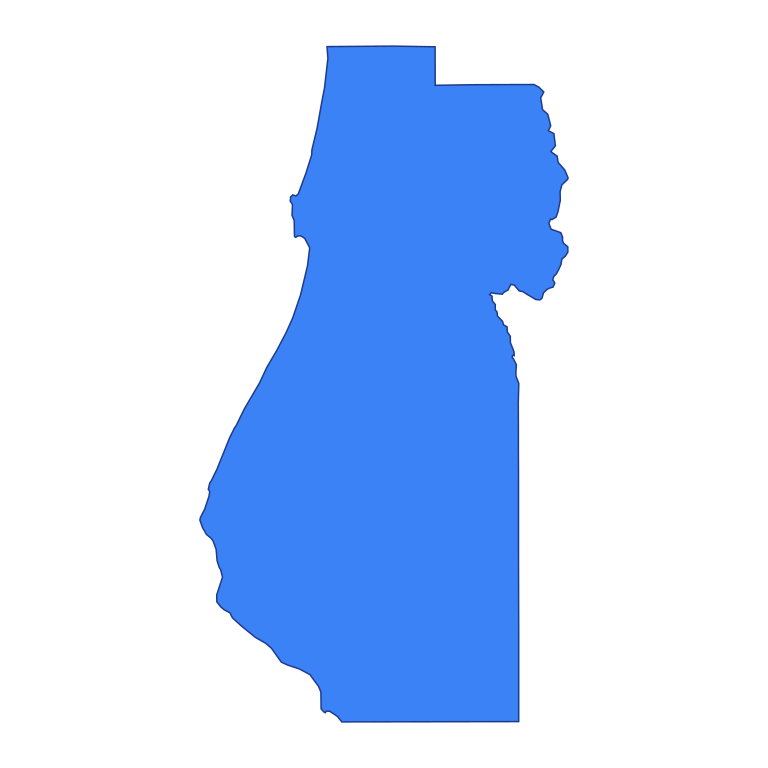 Humboldt, California, United States of America
{"feature_id": "52423323B26488914054819", "entity_name": "Humboldt", "entity_type": "district", "adm_level": 2, "iso_a3": "USA", "parent_name": "United States of America", "parent_adm1": "California", "projection": "natural_earth1", "projection_center": [-123.822, 40.734], "detail": "fine", "context": "isolated", "style": "filled", "palette": "blue", "viewbox_px": 768, "rotation_deg": 0, "n_neighbors": 0, "source": "geoboundaries", "source_scale": "gbopen_adm2", "svg_char_len": 2269}
<svg xmlns="http://www.w3.org/2000/svg" viewBox="0 0 768 768"><path d="M568.1,177.9L564.8,170.0L558.1,162.4L557.2,156.2L550.8,151.6L555.4,145.8L553.9,133.6L548.4,130.7L550.7,125.8L547.8,114.3L542.6,109.7L540.7,97.8L543.8,92.0L538.8,87.1L533.9,84.5L475.2,84.7L435.2,85.3L435.1,46.8L392.9,46.1L327.0,46.6L327.9,58.2L324.5,88.0L322.0,100.8L317.1,128.2L311.9,149.9L311.7,154.9L305.9,173.3L298.2,194.1L296.0,195.9L292.7,194.9L290.7,196.9L290.2,201.0L292.5,204.6L292.0,215.2L294.2,220.6L294.4,233.2L294.5,236.1L295.4,237.3L296.2,237.1L296.9,236.4L298.4,235.9L300.2,235.8L302.1,236.6L304.8,238.5L309.7,247.8L307.5,265.8L300.5,295.1L292.7,318.0L285.9,333.0L276.6,350.7L266.9,367.2L259.5,383.0L244.5,408.6L235.8,426.3L234.9,427.2L229.6,437.8L217.0,469.1L211.2,481.0L209.8,482.8L208.3,489.3L209.7,491.6L209.0,496.3L204.7,509.1L200.3,517.8L199.9,520.2L202.5,527.5L206.5,534.5L211.1,538.3L213.1,541.0L216.1,549.3L217.1,560.8L219.3,567.7L220.6,569.4L222.5,577.2L216.7,594.9L216.8,601.9L220.7,606.8L224.2,609.8L229.9,612.8L232.4,617.8L241.4,626.0L255.4,637.4L265.5,643.2L271.4,648.2L281.4,662.2L287.7,665.1L299.0,668.8L309.9,674.6L318.5,686.3L320.9,692.0L321.1,708.8L323.9,712.0L325.2,712.7L326.6,711.1L329.8,711.3L337.4,716.4L341.8,721.9L518.7,721.6L518.7,706.8L518.7,687.3L518.7,660.8L518.7,631.5L518.6,597.8L518.5,549.4L518.5,511.5L518.5,475.1L518.4,449.5L518.4,428.8L518.3,402.1L518.8,383.5L517.7,380.6L516.0,376.2L515.9,373.0L516.1,368.9L516.4,364.9L513.4,358.7L512.2,357.5L512.5,355.4L514.3,355.6L514.0,351.8L512.7,348.4L510.4,342.6L510.3,336.2L507.3,332.0L507.1,326.9L503.6,324.9L502.5,321.2L498.6,317.3L497.5,316.0L497.0,311.9L495.2,309.7L495.3,304.5L492.4,301.0L492.0,296.0L489.6,294.6L491.4,292.6L494.3,293.4L502.3,294.2L503.6,292.5L508.0,290.0L509.3,287.3L510.9,284.3L514.3,285.1L519.3,291.0L522.8,291.6L527.5,294.6L535.8,299.5L539.9,299.9L541.9,298.4L543.5,292.8L547.0,289.5L549.2,288.2L553.1,287.1L554.8,283.0L552.8,279.8L553.9,276.2L556.0,274.4L558.4,270.2L561.1,264.2L561.8,259.2L565.3,256.2L567.9,252.0L567.8,246.8L563.7,243.4L563.0,241.8L562.5,240.3L562.6,237.1L560.8,232.7L551.1,229.2L548.9,223.5L550.5,219.1L552.0,219.6L556.1,217.1L558.0,211.7L560.3,200.3L560.1,191.7L561.9,184.8L567.6,179.4L568.1,177.9Z" fill="#3b82f6" stroke="#1e3a8a" stroke-width="1.5"/></svg>